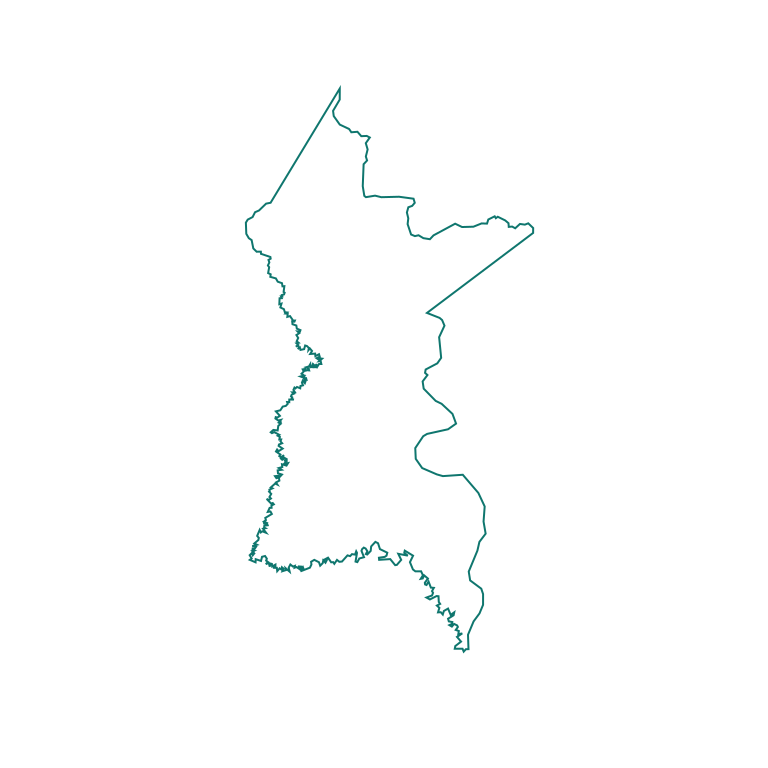 outline of Santander (Araracuara), Amazonas, Colombia, rotated 53°
{"feature_id": "7082276B22108715685729", "entity_name": "Santander (Araracuara)", "entity_type": "district", "adm_level": 2, "iso_a3": "COL", "parent_name": "Colombia", "parent_adm1": "Amazonas", "projection": "robinson", "projection_center": [-71.884, -1.077], "detail": "fine", "context": "isolated", "style": "outline", "palette": "teal", "viewbox_px": 768, "rotation_deg": 53, "n_neighbors": 0, "source": "geoboundaries", "source_scale": "gbopen_adm2", "svg_char_len": 6165}
<svg xmlns="http://www.w3.org/2000/svg" viewBox="0 0 768 768"><g transform="rotate(53 384 384)"><path d="M646.6,476.1L634.8,467.8L627.5,455.3L624.7,445.8L620.0,437.8L611.4,431.3L606.0,429.5L592.7,433.4L584.8,429.2L573.3,409.7L567.5,402.8L564.7,392.9L553.8,387.3L542.4,377.3L527.8,374.2L503.9,375.7L493.0,392.4L488.0,396.2L474.1,404.1L462.9,403.7L454.0,397.6L449.3,384.1L449.8,379.6L458.7,360.1L459.0,350.3L449.1,347.3L434.5,349.9L428.6,352.9L411.6,355.1L405.2,351.6L403.0,343.9L399.8,344.5L397.5,342.0L399.6,329.0L397.5,322.6L379.8,311.8L373.8,300.6L367.9,299.1L364.7,299.8L353.1,306.9L353.1,174.0L349.2,171.0L342.5,172.1L341.5,175.6L338.0,179.1L338.6,185.5L335.4,186.9L333.6,189.8L330.5,187.8L326.2,188.8L318.9,192.5L318.9,194.9L316.7,194.7L315.4,201.7L317.9,205.2L314.5,209.4L312.2,217.9L305.6,227.2L298.8,230.7L295.1,255.0L296.0,260.2L291.2,264.8L286.0,266.9L284.5,270.3L280.9,272.4L270.5,268.9L266.3,264.9L260.8,262.5L257.5,258.2L258.7,254.3L257.8,250.4L253.8,248.9L243.5,259.3L233.2,273.7L228.2,277.8L223.9,286.0L221.9,286.5L213.2,281.9L196.2,268.0L195.3,263.0L191.4,261.6L186.8,255.9L180.7,253.6L178.6,247.0L175.5,248.5L172.4,253.0L166.6,253.4L163.3,258.6L159.4,258.4L150.2,263.2L139.8,262.9L135.2,260.3L130.2,248.2L121.4,241.5L171.0,365.5L169.0,369.6L170.2,379.4L169.2,383.6L171.6,388.5L170.7,393.9L172.0,397.2L181.2,403.6L186.2,404.2L189.4,403.1L197.1,406.8L201.7,406.1L204.2,402.7L206.0,403.9L214.2,398.3L215.7,399.1L215.4,401.6L217.9,402.4L219.5,405.4L221.6,405.4L225.7,409.8L228.2,408.5L230.0,410.3L234.6,406.8L238.3,407.3L242.1,404.8L244.9,406.3L245.9,404.7L250.1,408.8L251.3,408.4L252.3,409.9L251.5,412.0L252.8,412.5L252.0,413.5L253.9,414.0L252.7,415.8L257.3,419.6L258.1,417.5L260.5,420.7L264.0,418.9L267.0,420.0L268.5,418.4L268.6,420.1L269.9,418.6L272.2,420.8L273.2,418.2L278.7,418.4L279.7,417.0L280.3,418.0L278.8,419.7L281.2,421.1L284.5,418.8L287.3,420.3L290.7,418.3L291.6,419.6L290.0,421.4L292.4,421.1L292.2,424.5L295.6,424.8L297.3,428.0L299.7,427.4L298.8,429.4L301.2,429.0L301.1,432.0L301.3,429.9L303.6,429.7L304.2,431.8L304.2,429.2L306.5,430.2L308.1,426.8L305.8,423.8L307.3,422.7L309.9,422.3L311.5,423.9L311.0,421.8L314.3,421.6L315.6,424.9L318.3,420.7L320.4,422.0L321.1,418.0L323.5,418.9L322.8,422.3L325.0,421.6L324.5,420.2L326.5,418.2L326.8,422.1L327.6,420.8L330.3,422.0L328.9,423.8L330.1,427.0L327.2,426.1L329.6,428.2L328.3,430.1L326.9,428.4L325.2,428.7L327.0,431.5L326.3,432.7L323.8,431.0L324.8,433.4L323.7,436.3L326.5,435.0L328.1,435.6L325.9,438.0L326.7,439.2L324.5,438.0L323.4,440.1L325.7,440.5L326.2,443.7L329.1,442.7L327.7,446.2L329.3,445.2L329.8,442.9L331.3,444.3L332.4,442.7L333.9,443.3L332.2,444.7L334.5,444.9L335.7,446.7L332.4,446.8L333.5,448.7L336.3,449.5L335.3,451.9L337.0,453.5L334.0,455.3L334.2,457.5L333.0,457.7L334.2,459.9L337.0,460.1L335.6,462.1L337.5,461.7L336.9,464.1L337.9,465.7L339.4,465.3L340.1,466.7L342.2,465.4L339.4,469.0L341.5,470.6L340.1,472.2L341.9,472.8L342.4,475.6L341.1,478.5L342.6,482.6L340.8,486.8L346.8,486.3L346.6,489.4L345.3,490.4L346.2,491.5L349.5,490.4L350.6,487.9L351.3,490.4L352.6,488.7L351.9,491.2L353.6,490.5L353.8,493.6L357.1,496.9L354.1,500.0L354.4,503.5L355.8,503.1L356.4,500.6L361.6,498.2L361.4,500.0L363.6,499.0L365.3,501.0L366.4,499.5L367.5,501.2L370.0,501.0L369.1,504.3L370.0,505.4L374.6,503.8L374.2,508.7L372.0,508.8L372.9,510.9L378.0,509.2L378.6,511.0L380.4,510.5L380.7,506.7L381.4,511.2L383.2,510.9L382.8,508.1L385.4,506.9L386.8,508.0L385.3,509.2L387.2,509.5L387.6,511.8L389.4,508.2L390.5,511.0L386.7,513.8L389.1,515.2L387.8,518.6L390.9,517.4L389.0,520.9L391.5,522.4L394.9,520.0L395.5,523.5L394.0,523.1L392.0,526.5L394.5,526.6L395.4,524.2L398.2,525.7L397.6,529.5L400.1,529.7L398.0,530.8L398.5,536.7L400.2,535.9L399.4,539.1L401.9,540.3L399.8,540.7L403.9,540.2L405.3,543.5L407.4,543.2L407.3,545.5L405.2,546.9L411.5,546.1L412.1,544.5L413.8,544.4L413.3,547.0L415.2,548.3L414.1,549.9L416.2,553.8L417.5,551.4L420.3,551.8L419.5,559.4L421.6,560.2L421.6,562.8L423.5,561.7L422.6,564.2L425.5,561.5L426.8,561.9L425.1,564.8L426.4,566.1L427.8,565.5L426.8,567.7L431.9,567.7L428.4,569.8L428.4,571.7L425.7,571.1L429.0,576.7L431.6,576.6L433.0,578.3L433.3,583.5L435.9,582.2L434.2,586.7L437.0,584.2L437.8,586.5L436.4,587.9L437.4,588.9L438.8,588.0L438.1,589.7L439.8,589.3L440.0,590.8L441.3,589.9L441.8,591.9L439.5,591.4L439.9,594.3L443.7,594.7L443.7,597.0L449.1,593.9L446.7,591.9L451.3,588.7L448.6,585.4L449.8,582.5L453.0,582.7L454.1,584.4L456.3,583.8L456.7,586.8L457.6,583.7L461.1,585.2L459.1,582.7L460.2,581.8L462.4,583.1L462.9,579.4L465.0,581.0L463.9,583.3L466.3,580.2L469.2,581.9L468.4,578.2L470.7,577.5L469.0,575.8L471.1,575.3L472.4,577.7L473.7,574.1L472.0,573.4L477.1,572.3L473.3,570.6L471.8,567.4L475.0,566.6L475.6,564.6L476.9,566.0L477.4,564.2L479.4,563.4L478.4,561.9L479.7,560.4L481.3,563.6L481.2,558.9L483.2,559.5L482.3,562.3L483.6,562.6L486.1,553.7L484.5,550.6L482.1,549.2L482.5,545.5L487.2,543.2L490.7,544.3L490.2,540.8L488.3,538.6L491.5,538.3L490.2,535.6L488.4,537.1L489.0,533.2L494.6,533.5L495.7,531.8L497.7,531.9L496.2,527.4L499.1,526.7L500.5,524.4L498.9,516.3L501.1,514.6L500.6,512.0L502.8,509.8L500.9,506.9L502.6,507.2L508.7,513.6L510.2,512.5L508.5,508.7L510.3,504.2L503.7,502.4L502.7,500.8L502.5,498.6L504.3,497.7L507.5,497.9L508.9,500.8L510.1,500.0L509.3,495.1L506.0,492.0L504.9,485.9L507.6,484.6L513.4,486.6L520.7,482.9L522.6,485.3L522.5,487.5L519.7,492.6L521.5,493.7L527.6,484.4L535.4,484.1L536.2,482.6L534.8,476.1L528.2,474.8L535.4,468.3L531.0,469.4L529.6,467.7L538.6,464.1L541.9,470.5L549.5,472.5L552.5,471.7L555.9,467.1L560.2,468.0L561.7,471.9L562.6,470.1L561.0,467.1L565.8,466.0L567.3,471.0L568.8,471.8L570.1,471.0L568.6,467.3L574.8,469.1L576.8,466.9L578.3,470.3L580.3,470.5L581.8,472.9L580.1,478.6L583.7,477.0L585.0,469.6L586.3,468.2L591.0,471.4L593.4,471.5L592.8,475.1L596.1,474.5L598.9,478.3L600.4,476.0L603.5,475.8L601.3,472.8L601.9,468.0L608.5,469.7L608.6,465.3L610.6,467.6L610.0,474.1L612.6,475.1L615.2,472.7L616.5,474.1L615.9,476.9L618.6,475.8L617.8,472.4L620.8,470.9L622.5,471.2L623.6,474.7L626.3,472.9L628.5,475.2L630.3,471.6L629.9,477.9L636.1,477.5L636.2,484.8L638.0,486.8L642.7,480.6L645.7,481.4L645.1,478.2L646.6,476.1Z" fill="none" stroke="#0f766e" stroke-width="2"/></g></svg>